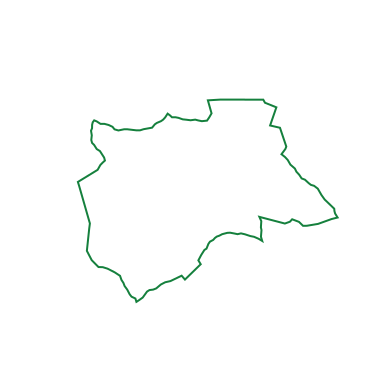 Guairaçá, Paraná, Brazil, rotated 136°
{"feature_id": "56859067B94709735368229", "entity_name": "Guairaçá", "entity_type": "district", "adm_level": 2, "iso_a3": "BRA", "parent_name": "Brazil", "parent_adm1": "Paraná", "projection": "mercator", "projection_center": [-52.742, -22.92], "detail": "fine", "context": "isolated", "style": "outline", "palette": "green", "viewbox_px": 384, "rotation_deg": 136, "n_neighbors": 0, "source": "geoboundaries", "source_scale": "gbopen_adm2", "svg_char_len": 1885}
<svg xmlns="http://www.w3.org/2000/svg" viewBox="0 0 384 384"><g transform="rotate(136 192 192)"><path d="M212.6,311.5L215.0,311.1L217.2,309.7L219.6,307.3L222.1,306.2L224.7,302.4L228.3,299.4L229.8,296.7L229.7,293.9L230.7,289.1L229.8,285.4L231.3,277.8L232.8,275.1L235.8,275.2L239.1,275.1L244.5,273.5L267.1,278.5L268.9,274.9L287.3,240.3L291.2,237.2L294.8,234.2L308.5,222.7L311.5,212.6L311.4,203.0L308.4,199.9L306.0,195.5L303.4,187.9L302.0,181.7L303.8,177.8L304.5,174.2L305.8,171.2L306.4,166.8L307.9,161.7L308.2,158.7L306.7,154.7L308.3,151.6L305.4,151.0L300.8,150.3L293.5,151.6L290.7,151.0L287.8,148.8L284.7,147.5L278.7,147.1L274.0,145.7L269.4,142.9L257.6,139.0L257.9,133.9L235.9,134.0L234.9,138.4L229.1,140.3L223.3,141.7L220.9,141.2L216.2,143.3L213.6,143.8L210.0,142.8L207.4,143.0L205.1,142.7L202.7,141.6L199.6,140.7L195.0,138.1L192.9,136.3L190.2,132.5L188.5,130.0L185.5,128.2L183.3,124.8L180.6,119.7L178.5,116.7L176.6,112.1L175.5,108.0L173.5,111.9L168.5,116.3L167.0,118.7L162.4,122.9L160.8,127.3L147.1,104.8L142.2,102.6L138.9,102.8L135.8,96.2L135.6,90.5L132.8,87.9L123.5,81.5L110.4,75.6L105.0,72.5L104.0,77.1L102.8,79.3L101.3,81.2L101.5,86.7L101.8,94.4L101.0,99.8L99.2,107.0L99.9,111.7L101.5,114.5L101.9,117.2L102.2,122.4L103.7,125.6L102.9,130.0L102.8,134.1L101.7,137.4L102.2,143.3L100.9,148.5L100.8,152.5L101.4,157.0L94.9,158.1L92.6,159.2L84.1,177.1L89.6,185.6L72.5,194.3L77.5,205.5L76.6,208.9L107.1,238.5L116.9,246.9L123.3,235.0L127.8,233.7L131.6,232.9L135.7,236.1L137.9,239.3L139.4,241.8L143.2,244.6L146.0,248.1L148.2,250.7L150.2,254.7L152.0,257.3L154.5,259.7L154.6,262.3L155.1,265.3L159.5,264.3L162.5,264.1L165.1,264.5L169.3,266.1L171.7,266.5L176.0,266.0L180.8,269.2L183.2,270.8L186.6,272.5L189.1,274.9L195.0,282.1L197.3,284.3L202.2,287.4L204.2,290.9L203.9,294.1L205.4,298.1L207.7,301.9L210.5,304.6L211.5,309.0L212.6,311.5Z" fill="none" stroke="#15803d" stroke-width="2"/></g></svg>